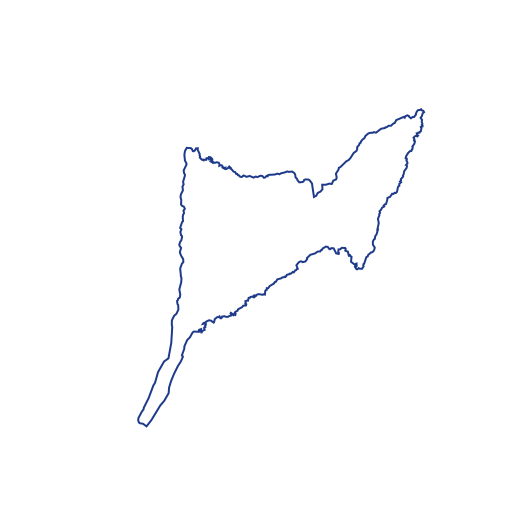 Calçoene, Amapá, Brazil, rotated 203°
{"feature_id": "56859067B29403659487824", "entity_name": "Calçoene", "entity_type": "district", "adm_level": 2, "iso_a3": "BRA", "parent_name": "Brazil", "parent_adm1": "Amapá", "projection": "orthographic", "projection_center": [-51.471, 2.615], "detail": "fine", "context": "isolated", "style": "outline", "palette": "blue", "viewbox_px": 512, "rotation_deg": 203, "n_neighbors": 0, "source": "geoboundaries", "source_scale": "gbopen_adm2", "svg_char_len": 6150}
<svg xmlns="http://www.w3.org/2000/svg" viewBox="0 0 512 512"><g transform="rotate(203 256 256)"><path d="M161.4,455.6L161.8,454.7L163.9,453.5L164.4,451.7L164.4,449.0L164.0,448.6L164.9,445.6L166.1,445.2L167.2,443.3L169.7,444.1L170.0,444.6L171.7,444.6L173.3,442.7L173.2,441.4L174.4,441.7L180.0,435.9L180.3,432.5L181.3,431.7L182.6,428.7L184.9,427.6L185.9,425.8L187.2,424.9L187.2,424.3L190.6,422.0L193.7,416.4L195.9,416.1L196.5,415.2L199.4,413.8L200.7,412.4L202.2,409.2L202.2,407.0L203.4,404.9L204.1,402.6L203.9,401.1L204.7,400.3L204.5,398.6L205.4,395.6L204.6,393.9L204.6,391.9L206.3,389.1L207.4,382.8L208.3,380.4L209.9,378.4L213.1,370.8L214.2,369.5L213.8,367.7L214.6,363.0L212.4,359.8L212.2,357.8L214.3,355.6L214.4,351.9L216.9,351.2L219.5,348.9L222.9,347.5L220.9,343.4L221.8,340.5L223.8,338.2L224.1,335.0L225.7,333.0L232.8,344.6L235.9,346.5L237.4,346.9L240.3,345.9L241.4,344.7L241.3,343.5L242.0,342.3L245.0,340.7L247.8,342.3L248.7,343.3L250.2,343.7L251.8,346.3L253.1,347.3L255.7,347.8L259.1,346.1L260.4,346.0L262.0,344.3L265.3,341.9L266.3,340.4L268.4,340.2L270.6,338.3L275.7,335.8L276.5,335.1L276.4,334.0L277.5,333.9L278.2,332.0L279.2,331.1L281.4,332.1L283.1,331.7L285.6,329.2L287.3,329.0L288.9,327.2L293.1,327.2L295.6,325.2L298.9,325.3L300.0,323.1L301.7,322.8L303.4,323.6L304.2,323.3L305.3,324.2L306.3,323.8L307.9,325.1L309.6,324.9L312.6,326.4L313.8,326.5L313.7,327.2L315.6,327.9L316.1,326.0L317.5,324.4L317.9,324.7L318.7,324.0L319.4,324.1L319.2,325.1L320.8,324.2L321.5,324.4L321.5,325.2L322.9,326.1L324.0,325.7L325.0,324.7L325.4,326.0L326.6,327.3L328.7,327.0L330.2,325.7L332.0,325.7L332.0,324.9L334.3,325.3L333.4,326.2L333.7,327.3L336.3,326.7L334.9,328.5L336.4,329.1L338.0,328.7L337.9,327.7L339.8,326.6L339.6,324.9L342.0,324.2L341.8,323.6L343.9,323.6L346.2,324.7L346.3,325.8L347.3,326.6L347.6,327.8L351.4,331.2L351.7,332.4L353.2,331.7L353.5,329.2L354.3,328.0L355.1,327.9L356.9,329.5L358.1,329.8L362.0,328.5L362.4,324.9L361.5,321.2L358.7,316.1L356.3,314.1L355.7,312.9L356.0,306.5L354.7,304.3L353.2,303.1L352.8,302.0L352.1,295.7L350.6,293.7L350.8,291.2L348.9,287.8L349.2,283.5L348.6,280.9L346.6,278.2L345.1,274.1L343.8,273.3L341.6,273.2L339.9,271.6L340.5,269.5L339.0,267.4L339.2,265.4L338.7,263.3L336.8,259.5L337.3,258.2L336.8,252.2L335.1,251.5L335.0,248.6L333.2,245.9L331.9,245.4L331.5,244.6L330.9,241.3L331.3,239.4L331.1,236.6L330.2,235.4L328.1,234.2L327.6,229.7L325.2,227.1L321.8,224.7L320.5,221.9L321.2,220.0L320.9,214.9L317.1,207.8L316.0,206.6L314.6,202.7L313.5,195.2L310.6,190.8L310.1,188.8L310.0,187.6L311.0,186.4L310.7,184.7L311.1,183.7L309.5,181.1L308.5,180.5L306.5,176.3L306.7,171.6L308.0,169.1L308.3,164.0L306.7,159.9L305.4,158.0L300.1,143.1L296.6,127.6L299.4,123.0L300.8,110.9L299.4,99.6L299.9,96.8L299.3,83.4L300.0,72.4L299.6,71.0L300.3,67.9L300.9,60.9L300.2,58.6L298.7,57.0L297.6,56.7L294.4,57.4L290.2,56.4L288.2,64.0L285.7,81.1L283.9,86.8L282.8,95.6L284.6,100.9L285.3,107.7L285.4,115.5L284.9,124.3L284.0,129.3L283.9,134.4L284.1,135.0L285.3,135.4L285.4,135.9L285.8,142.7L286.6,144.7L286.5,151.7L285.0,155.5L284.6,160.0L284.1,161.7L283.6,162.2L278.8,164.0L278.7,164.6L279.5,165.2L279.6,165.8L278.0,167.2L277.4,165.2L276.5,164.3L276.1,164.6L276.5,165.6L274.4,168.0L275.7,169.5L274.9,170.8L275.7,171.5L275.3,172.4L275.5,173.8L276.7,173.9L278.3,172.8L278.1,173.8L276.7,174.9L276.0,176.4L274.1,178.5L272.0,178.9L269.0,178.1L268.7,178.6L269.3,181.8L267.8,184.6L266.7,185.0L266.0,186.2L264.4,184.8L263.8,185.0L263.3,186.2L263.5,187.0L261.6,188.2L259.8,188.3L258.1,189.0L257.2,190.3L255.4,191.7L255.4,192.3L257.0,193.3L256.9,193.9L254.4,193.3L253.6,192.7L253.1,193.5L252.0,193.6L252.3,195.0L252.7,195.3L253.4,194.9L253.4,195.4L253.2,196.6L251.6,198.4L251.7,199.9L248.8,203.5L248.4,205.2L245.9,206.6L246.1,207.8L247.3,208.0L247.3,209.4L248.1,210.2L247.0,211.4L245.9,211.8L246.4,214.6L245.1,215.4L245.0,216.2L243.6,217.1L241.7,217.1L241.2,218.0L242.5,218.6L242.3,219.1L240.3,219.6L240.3,220.4L239.0,221.8L234.5,223.0L234.2,223.7L232.7,224.0L233.7,227.0L233.8,228.1L232.9,229.0L233.5,230.6L232.2,231.1L231.7,233.6L228.6,237.9L228.8,238.6L228.3,239.7L227.7,239.9L227.2,242.9L224.2,245.2L223.4,246.6L221.0,248.0L221.3,248.4L220.3,249.2L220.3,250.7L218.0,252.4L218.1,252.9L216.9,253.5L215.9,255.7L214.8,255.7L214.3,258.0L213.5,258.7L213.3,260.0L212.6,260.5L215.2,263.3L214.2,266.8L213.0,268.4L211.9,268.8L210.8,268.5L208.4,270.2L207.7,273.2L208.3,274.0L206.4,278.4L202.8,281.3L201.0,284.1L198.6,285.4L198.6,286.5L197.6,287.6L197.7,288.8L195.3,292.0L193.5,292.4L191.1,291.0L190.3,291.4L189.7,292.7L187.5,293.4L183.2,289.7L180.7,290.2L180.8,291.2L181.9,291.8L182.6,294.3L181.0,295.2L180.3,297.0L177.0,298.2L176.3,297.8L175.9,295.8L173.1,295.9L170.8,292.7L170.1,293.6L169.3,293.3L169.0,292.6L167.7,292.5L166.3,287.8L162.0,286.7L160.5,288.3L159.4,286.1L159.7,285.4L160.2,285.7L160.7,285.3L160.8,284.8L158.7,283.3L158.1,283.1L157.4,283.5L156.7,285.0L155.7,284.8L153.5,285.6L152.9,288.4L153.6,289.2L153.9,290.7L153.4,291.1L154.0,298.0L153.0,299.3L153.2,300.7L151.5,304.2L150.6,304.8L149.8,306.2L149.6,308.4L150.0,310.2L152.8,312.1L154.1,315.0L153.9,317.4L153.3,318.2L154.0,320.5L153.5,323.3L154.1,327.9L154.6,327.7L155.8,334.1L158.3,337.9L158.3,341.7L159.0,342.7L158.7,344.4L159.8,345.5L159.0,347.3L158.8,349.8L157.3,351.7L158.2,352.4L157.4,354.1L156.6,354.6L157.1,359.0L157.7,360.8L155.7,362.9L155.0,366.5L153.9,366.7L153.0,368.4L152.0,368.5L151.3,370.1L152.2,374.7L152.1,375.9L151.5,376.7L152.3,378.2L151.3,380.6L152.5,380.9L152.0,382.1L152.7,383.3L151.6,386.6L152.2,387.4L152.0,388.6L152.7,392.0L151.8,395.8L152.1,397.7L152.8,398.4L153.4,398.4L152.8,400.5L153.6,401.8L154.8,402.6L155.0,404.2L155.4,404.6L156.4,404.4L156.8,406.3L156.3,410.0L155.3,412.6L154.0,413.4L154.2,414.9L153.8,415.4L154.3,417.6L154.8,417.9L154.1,421.2L154.5,423.8L155.7,424.0L155.8,425.4L157.2,426.4L156.7,428.0L155.6,429.1L154.2,429.1L153.9,430.1L155.1,430.3L156.0,431.7L155.0,432.2L155.0,432.8L153.7,433.4L153.9,434.1L153.0,435.2L153.6,438.1L154.7,439.1L154.0,440.2L153.4,440.3L153.5,440.9L154.6,441.4L154.4,442.6L156.0,444.4L156.3,446.2L158.5,447.5L158.0,449.3L158.3,452.5L157.5,454.1L158.7,455.0L159.9,454.8L161.4,455.6Z" fill="none" stroke="#1e3a8a" stroke-width="2"/></g></svg>